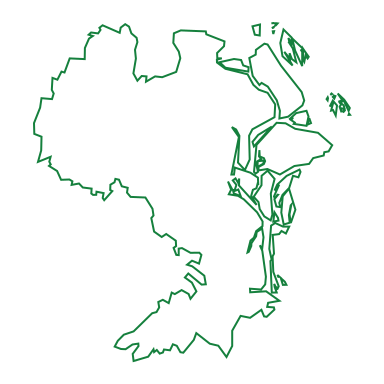 Barisal, Barisal, Bangladesh
{"feature_id": "16705992B66943755852345", "entity_name": "Barisal", "entity_type": "district", "adm_level": 2, "iso_a3": "BGD", "parent_name": "Bangladesh", "parent_adm1": "Barisal", "projection": "robinson", "projection_center": [90.343, 22.763], "detail": "fine", "context": "isolated", "style": "outline", "palette": "green", "viewbox_px": 384, "rotation_deg": 0, "n_neighbors": 0, "source": "geoboundaries", "source_scale": "gbopen_adm2", "svg_char_len": 5972}
<svg xmlns="http://www.w3.org/2000/svg" viewBox="0 0 384 384"><path d="M133.6,361.0L148.2,356.7L153.5,349.3L154.1,352.1L156.8,350.0L159.7,353.6L162.9,352.5L164.0,349.5L170.0,350.3L172.9,344.3L176.8,345.8L180.4,352.2L183.3,352.7L193.8,339.9L196.3,333.1L209.8,343.7L218.3,345.7L226.5,357.0L232.2,346.0L232.2,330.7L240.6,315.9L250.1,317.8L261.4,309.8L264.1,316.4L266.7,316.8L274.4,309.6L273.9,307.4L267.2,306.9L268.1,302.8L279.4,300.8L266.1,291.3L250.2,292.3L250.0,288.7L261.1,289.5L265.2,284.4L265.9,276.7L262.3,250.8L259.8,245.3L262.2,248.6L263.5,237.3L262.1,228.5L256.7,232.0L256.1,236.3L251.4,243.3L251.3,246.0L248.7,251.9L247.5,252.5L250.5,240.6L253.9,237.7L256.2,231.1L262.5,226.1L262.6,221.5L257.1,212.3L243.8,199.3L238.0,195.8L228.8,194.3L231.1,189.7L228.0,181.5L232.4,189.8L234.7,190.1L236.4,184.9L232.8,180.4L235.5,178.4L238.3,183.1L239.2,178.5L239.0,185.5L256.6,204.9L251.2,195.9L252.9,189.8L256.4,188.3L257.6,183.7L258.3,185.1L257.9,177.6L250.4,172.7L234.9,167.6L234.0,174.5L231.4,174.5L238.9,137.0L231.9,127.1L236.1,129.5L239.4,135.8L238.0,162.6L244.9,170.0L249.7,159.5L249.1,135.7L252.4,129.3L274.5,117.2L275.2,104.4L267.6,92.8L258.8,89.7L253.4,84.9L247.6,74.3L225.4,68.8L217.0,62.5L216.9,59.7L221.8,58.3L217.3,58.3L217.1,53.0L224.0,46.2L224.5,41.4L206.3,34.3L205.8,31.4L180.8,30.4L173.9,33.3L173.3,42.9L178.8,51.6L180.3,58.2L176.2,71.9L162.2,77.2L155.1,76.4L146.0,81.7L146.5,76.4L141.7,76.0L137.4,80.7L133.4,73.4L135.9,58.6L135.0,49.8L137.4,42.1L136.6,37.8L131.4,33.4L129.0,26.6L125.2,24.2L120.7,27.6L119.7,32.8L102.6,25.3L99.4,27.8L100.5,29.9L98.1,33.4L91.1,32.5L88.7,34.7L92.8,36.0L89.0,38.6L84.9,48.0L84.7,59.1L69.7,58.4L64.5,72.5L61.5,71.6L57.4,79.7L52.5,77.9L51.8,89.9L53.7,93.5L52.0,99.1L41.5,98.2L40.1,107.7L34.0,123.1L34.3,133.9L41.5,136.7L41.2,150.4L38.0,161.9L50.6,156.8L49.3,161.7L50.7,164.4L49.0,165.9L57.1,171.0L61.1,179.8L69.4,179.5L72.4,181.3L71.6,184.9L79.0,183.5L82.8,187.5L91.6,188.6L91.3,193.5L93.1,194.9L96.2,194.8L96.5,191.7L103.6,193.1L102.7,198.0L104.2,200.2L112.3,191.1L110.2,190.0L110.4,184.7L114.5,182.3L115.4,178.9L119.0,179.7L121.8,186.3L127.7,187.8L127.0,192.6L130.6,196.9L145.4,197.5L152.5,208.8L153.5,215.5L151.3,218.1L154.1,231.6L161.7,237.0L166.2,234.0L175.8,240.7L176.1,246.1L173.6,247.9L176.3,254.9L178.7,255.1L178.7,248.6L182.0,248.1L190.5,252.8L199.3,252.7L201.4,254.9L199.0,263.6L192.0,260.7L187.1,264.7L192.2,266.3L204.3,275.7L205.8,284.3L201.6,284.6L188.3,273.5L184.9,277.5L191.9,282.6L196.4,291.4L190.5,298.8L188.6,294.0L181.6,290.1L174.8,294.1L171.7,292.6L168.7,303.1L162.8,299.8L158.3,302.0L159.2,307.4L156.5,312.1L152.2,313.2L133.6,331.4L123.8,334.7L117.8,340.8L114.7,346.6L121.0,349.0L125.6,349.2L132.5,344.5L138.3,343.6L138.5,346.1L132.7,353.9L133.6,361.0ZM332.2,145.2L318.0,132.8L295.2,128.8L285.6,123.3L276.6,122.8L256.5,144.9L254.0,171.9L255.6,173.6L258.0,171.8L256.1,163.9L257.2,161.3L261.1,159.2L259.0,156.3L259.4,150.1L259.7,156.4L263.9,158.2L265.1,161.1L263.8,164.1L258.3,167.1L258.7,170.4L267.4,169.0L279.9,174.5L294.4,166.0L309.1,163.9L313.2,158.1L323.7,155.5L324.3,152.2L328.6,151.4L332.2,145.2ZM249.3,58.0L252.7,75.9L259.4,85.0L261.6,82.9L267.8,86.6L276.8,100.3L279.9,110.8L279.4,118.5L288.1,116.7L302.4,105.4L304.2,100.5L301.7,92.1L281.0,65.7L267.6,44.5L264.4,43.7L259.7,47.1L255.9,49.9L255.7,54.6L249.3,58.0ZM272.4,214.5L270.8,193.6L274.6,178.9L267.6,170.7L261.6,175.8L261.5,185.2L253.7,196.8L258.5,202.1L259.7,209.1L264.3,216.4L270.7,220.4L272.4,214.5ZM290.8,223.0L295.4,209.7L289.0,188.6L282.7,196.3L281.3,212.6L283.7,224.5L289.7,222.7L288.9,215.1L290.7,205.4L291.3,204.7L289.5,214.3L290.8,223.0ZM289.2,187.9L293.0,175.8L298.4,177.3L300.5,171.9L299.5,169.6L286.6,175.9L277.3,184.5L274.5,190.5L277.5,186.3L279.2,184.6L274.0,196.4L274.9,198.6L277.5,194.7L278.0,194.8L274.4,199.2L276.4,206.5L280.3,207.1L279.3,202.9L282.5,194.9L289.2,187.9ZM291.7,37.6L283.5,29.5L280.3,43.0L282.5,56.2L292.6,65.5L284.3,51.8L289.9,58.6L289.6,53.2L291.9,59.1L296.3,62.3L292.8,48.4L288.4,41.6L291.6,44.4L289.3,41.9L288.4,38.0L291.6,43.0L291.7,37.6ZM289.2,226.6L283.0,226.6L275.2,223.0L271.1,225.6L269.3,248.9L271.4,258.6L274.0,253.7L272.7,234.9L279.1,234.1L281.5,231.0L285.9,233.5L289.2,226.6ZM241.1,60.0L234.0,59.0L219.6,62.2L225.4,67.7L248.3,71.6L248.6,67.2L243.2,65.4L241.1,60.0ZM306.5,110.8L296.2,113.1L289.2,119.5L293.1,117.5L291.2,120.1L294.8,122.6L293.8,123.9L306.5,125.8L308.5,116.5L306.5,110.8ZM278.7,286.3L273.3,271.9L272.7,258.6L270.4,261.0L271.8,292.6L276.7,292.5L274.7,287.1L274.2,283.9L276.5,288.6L277.5,286.7L277.1,289.7L278.7,286.3ZM292.2,38.4L295.1,50.6L302.2,66.1L302.2,51.9L300.6,49.5L302.2,50.9L302.5,48.3L292.2,38.4ZM253.9,146.4L271.8,126.6L258.2,134.9L252.5,141.9L253.9,146.4ZM259.7,35.5L260.0,24.5L252.5,26.3L254.8,34.7L259.7,35.5ZM337.0,105.5L332.8,100.6L329.7,106.6L333.4,102.1L331.1,110.6L333.0,110.0L335.7,115.5L337.0,105.5ZM257.5,167.0L263.2,163.7L264.1,160.6L257.7,161.2L257.5,167.0ZM278.5,220.6L278.0,217.9L274.5,212.3L273.3,221.6L278.5,220.6ZM240.7,196.1L238.3,189.5L233.3,191.5L233.8,193.4L240.7,196.1ZM344.2,99.7L337.7,93.5L343.3,101.7L342.9,98.7L348.6,110.9L349.8,108.0L344.2,99.7ZM303.0,48.6L303.3,59.7L304.3,61.7L306.1,53.2L303.0,48.6ZM343.7,105.4L338.8,101.3L341.1,104.5L339.6,106.7L341.5,112.3L341.5,108.3L344.4,108.8L343.0,112.5L344.9,110.4L343.7,105.4ZM286.4,284.8L284.8,281.7L280.8,278.1L282.9,284.9L286.4,284.8ZM311.0,123.1L309.5,118.8L308.8,118.6L307.8,124.5L311.0,123.1ZM335.4,96.1L333.9,95.6L332.8,96.9L334.3,98.6L335.4,96.1ZM306.8,54.1L307.0,57.7L307.6,58.5L308.7,56.8L306.8,54.1ZM327.6,100.4L328.0,98.2L327.7,97.3L326.6,99.1L327.6,100.4ZM274.1,31.2L272.8,31.3L273.3,34.0L274.1,31.2ZM341.5,102.5L341.6,100.5L339.8,101.2L341.5,102.5ZM277.6,23.4L276.0,23.2L275.1,25.7L275.8,25.4L277.6,23.4ZM330.4,94.8L332.1,94.0L331.5,93.5L330.4,94.8ZM277.4,275.0L278.3,276.9L279.6,276.9L277.4,275.0ZM349.0,113.5L348.6,114.9L350.0,114.8L349.0,113.5ZM271.9,28.1L273.4,27.7L274.2,26.6L271.9,28.1ZM273.8,23.0L271.4,23.3L274.0,23.1L273.8,23.0Z" fill="none" stroke="#15803d" stroke-width="2"/></svg>